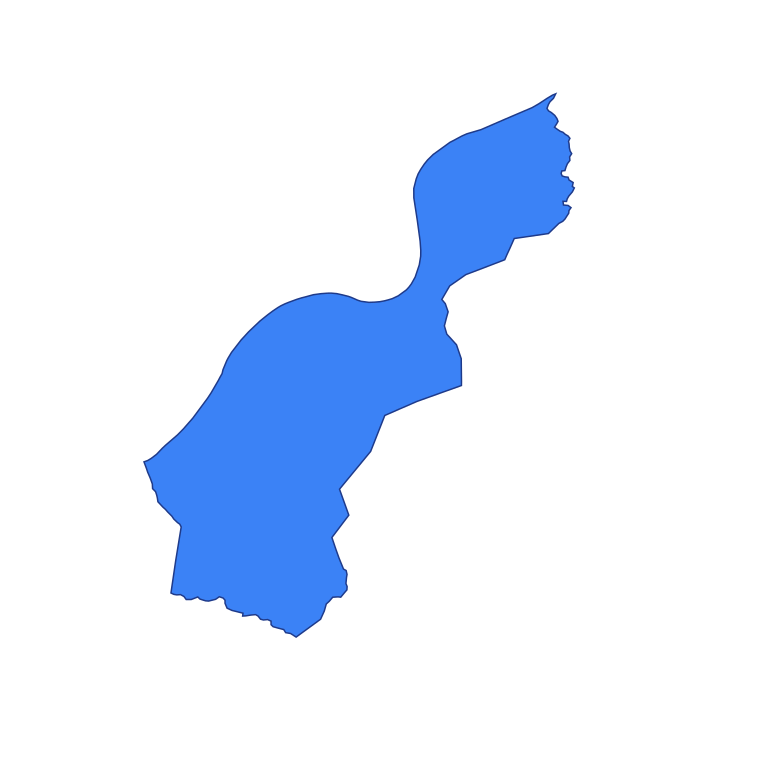 Simões, Piauí, Brazil (Equal Earth projection), rotated 243°
{"feature_id": "56859067B70847117060702", "entity_name": "Simões", "entity_type": "district", "adm_level": 2, "iso_a3": "BRA", "parent_name": "Brazil", "parent_adm1": "Piauí", "projection": "equal_earth", "projection_center": [-40.73, -7.705], "detail": "fine", "context": "isolated", "style": "filled", "palette": "blue", "viewbox_px": 768, "rotation_deg": 243, "n_neighbors": 0, "source": "geoboundaries", "source_scale": "gbopen_adm2", "svg_char_len": 3038}
<svg xmlns="http://www.w3.org/2000/svg" viewBox="0 0 768 768"><g transform="rotate(243 384 384)"><path d="M198.4,190.8L203.2,220.7L208.8,227.7L214.2,232.7L215.3,236.7L217.3,241.5L215.2,246.4L213.7,248.7L215.8,253.6L217.4,257.5L220.3,259.2L223.5,259.5L226.0,261.1L228.7,262.8L231.1,264.6L235.0,265.6L237.5,263.9L249.4,264.9L259.4,266.2L270.9,267.9L277.1,280.7L283.1,293.1L292.4,294.3L310.5,296.6L315.1,307.2L330.0,341.5L350.8,365.0L355.6,370.4L354.7,386.2L353.5,405.5L349.9,433.7L347.5,452.3L350.9,454.1L371.5,464.3L381.3,465.7L386.0,466.4L394.2,464.2L399.9,462.6L408.4,464.2L414.3,469.4L419.2,473.9L427.8,475.1L433.1,473.9L441.6,487.1L444.3,506.6L441.6,531.6L439.9,548.0L443.3,552.1L447.7,557.7L454.5,566.1L443.4,598.8L444.8,603.3L446.3,608.2L447.7,612.7L447.8,617.1L448.8,620.1L450.8,623.5L452.3,626.1L454.6,627.6L456.2,630.7L459.5,629.1L462.0,625.2L465.5,626.4L463.8,629.5L465.8,631.3L467.5,633.9L469.7,639.1L472.3,642.6L474.5,641.5L477.6,644.0L481.8,641.5L484.7,641.9L486.4,639.3L488.5,637.2L491.1,637.4L493.1,639.1L492.0,642.1L494.6,644.6L497.0,647.4L498.8,651.1L502.1,652.5L504.0,655.8L507.1,655.6L510.4,656.4L513.9,657.9L516.5,658.6L518.5,661.2L521.5,660.6L524.1,658.9L527.1,657.7L529.1,655.8L532.5,653.9L535.4,652.5L537.2,655.6L539.0,658.3L542.0,658.6L545.8,658.1L549.8,656.4L552.7,654.6L555.5,654.3L558.4,657.4L560.1,660.0L561.6,664.7L564.6,668.7L564.9,665.2L564.5,659.3L563.4,649.2L563.0,641.4L564.9,613.4L566.6,585.9L569.3,571.4L569.6,566.2L569.5,560.8L569.4,557.4L569.4,552.5L567.5,540.5L566.2,532.1L563.8,524.5L561.7,519.8L558.6,514.2L555.7,509.8L552.1,505.8L544.7,499.3L536.3,495.1L514.8,488.0L494.8,481.0L486.3,477.4L481.2,474.7L474.1,469.5L465.1,460.3L460.7,453.7L459.0,450.2L457.7,446.7L456.1,436.8L456.3,430.1L457.1,425.7L457.9,422.1L459.2,417.7L461.1,413.0L463.6,407.6L468.1,401.1L470.6,398.6L473.8,396.0L476.2,394.0L478.3,392.0L482.3,387.4L486.0,382.9L489.0,378.1L490.6,374.8L493.0,369.1L495.6,361.7L497.3,353.5L498.2,349.5L499.0,344.9L500.0,336.6L500.4,332.1L500.5,327.7L500.3,324.3L499.6,318.5L498.6,312.6L497.9,309.1L496.4,302.0L492.0,287.2L488.1,276.7L481.4,262.5L477.9,256.9L476.2,254.5L474.0,251.9L469.8,247.0L466.8,244.5L464.3,240.7L462.5,238.2L454.7,226.1L451.4,220.3L440.4,198.2L435.0,184.7L432.4,176.9L428.6,161.5L427.4,157.4L424.6,149.4L423.4,142.8L423.1,138.8L423.6,134.8L416.6,134.0L412.7,133.4L406.4,133.0L400.1,132.2L395.8,130.3L391.7,131.6L388.0,131.0L385.3,130.3L381.7,129.1L374.7,131.1L371.6,132.3L368.1,133.2L362.5,135.0L359.1,135.4L354.3,137.1L351.8,138.4L348.7,138.4L321.3,118.3L294.5,99.3L292.0,101.2L290.2,103.6L288.7,107.1L285.5,109.3L281.8,109.9L279.5,114.4L279.1,118.2L278.8,121.4L275.9,122.4L273.9,124.4L271.8,126.6L270.2,129.2L268.6,136.2L269.2,140.7L266.3,143.5L263.5,144.2L260.8,142.8L255.5,142.4L251.2,145.8L249.4,147.9L243.8,154.3L241.4,152.7L240.1,155.7L238.6,160.4L236.8,164.9L234.5,166.4L230.5,167.2L228.5,169.4L226.9,173.4L224.0,175.7L220.8,174.1L218.1,175.0L214.6,178.8L210.7,183.2L207.1,183.5L204.1,187.5L198.4,190.8Z" fill="#3b82f6" stroke="#1e3a8a" stroke-width="1.5"/></g></svg>